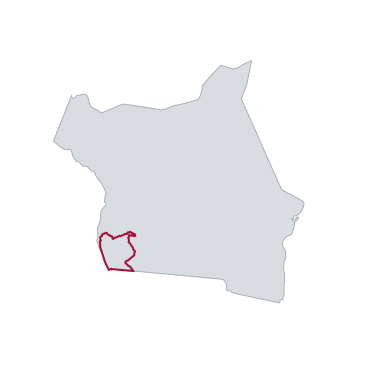 Nyanza highlighted on a map of Kenya, rotated 336°
{"feature_id": "KEN-1197", "entity_name": "Nyanza", "entity_type": "Province", "adm_level": 1, "iso_a3": "KEN", "parent_name": "Kenya", "parent_adm1": "", "projection": "albers", "projection_center": [34.762, -0.553], "detail": "fine", "context": "in_parent", "style": "outline", "palette": "rose", "viewbox_px": 384, "rotation_deg": 336, "n_neighbors": 0, "source": "natural_earth", "source_scale": "10m", "svg_char_len": 5803}
<svg xmlns="http://www.w3.org/2000/svg" viewBox="0 0 384 384"><g transform="rotate(336 192 192)"><path d="M84.3,229.3L84.2,224.7L84.8,213.0L84.7,202.8L85.3,197.6L87.9,194.4L89.0,192.0L89.9,188.7L91.2,186.0L94.2,183.8L94.7,182.6L97.9,179.0L99.8,174.3L101.3,172.7L103.1,171.2L104.3,170.4L106.4,169.6L108.1,169.2L108.4,168.8L108.5,168.1L108.0,165.2L108.7,164.2L109.8,162.3L111.1,160.5L112.2,159.3L112.9,158.1L113.2,156.1L113.2,154.6L113.2,152.3L112.8,146.9L111.5,142.4L110.7,137.3L111.3,135.7L110.2,132.7L109.7,132.6L108.8,131.9L107.7,129.1L106.9,126.6L106.3,126.0L102.7,123.7L100.9,118.5L98.9,117.3L97.8,112.2L97.6,110.7L98.7,105.5L98.6,104.3L97.4,103.2L94.0,102.1L91.3,100.0L91.6,99.2L91.8,98.4L90.4,97.9L86.1,89.1L91.6,83.8L97.1,78.4L104.1,71.6L110.5,65.3L116.1,59.9L121.1,55.1L121.0,56.0L121.0,57.3L121.6,58.0L122.6,58.5L124.1,58.0L125.3,57.2L126.5,57.1L134.0,59.1L135.3,60.8L135.2,62.7L135.5,64.1L134.9,65.4L134.3,69.6L134.5,73.4L136.7,76.2L138.7,78.4L140.3,81.5L141.5,82.5L143.1,83.0L148.2,83.1L155.8,83.3L163.2,83.5L163.8,83.6L165.4,84.0L172.1,88.2L178.3,92.1L183.5,95.4L188.5,98.7L193.4,101.9L197.2,104.5L201.0,105.3L207.1,105.7L211.3,105.8L215.3,106.9L221.1,108.0L225.4,108.5L228.0,109.1L235.3,109.8L236.5,109.4L239.7,106.5L243.3,101.8L244.7,99.2L249.4,96.7L257.6,93.1L263.3,90.6L269.8,88.1L272.6,90.3L276.6,93.9L278.4,95.6L279.9,96.4L282.0,97.0L284.7,97.0L286.1,96.9L289.1,96.5L296.0,96.1L300.0,96.2L296.6,100.8L292.6,106.5L285.2,116.8L279.6,122.3L275.3,126.4L274.9,127.1L274.9,131.8L274.9,143.1L274.9,165.7L274.8,188.3L274.8,211.0L274.8,222.4L274.8,226.2L278.4,231.0L282.0,235.6L286.8,241.8L289.3,245.2L289.7,246.3L289.6,248.5L285.6,253.1L282.4,255.2L278.1,256.1L276.8,255.9L275.1,255.3L274.4,256.4L273.9,258.1L272.9,257.7L272.2,257.2L272.6,260.3L273.1,261.8L272.4,263.8L270.3,265.6L270.1,267.1L265.5,271.1L259.1,271.5L255.7,273.4L254.2,275.0L253.0,278.5L253.4,283.9L251.6,288.1L251.2,290.2L247.9,292.8L246.4,295.3L245.3,297.8L244.4,298.9L243.2,304.5L241.6,308.0L241.2,309.1L240.8,310.1L239.6,312.1L238.8,313.5L238.3,314.4L234.3,323.2L231.2,327.1L228.8,326.6L227.2,328.2L227.1,328.9L226.2,328.5L224.2,327.0L220.1,324.0L216.0,321.0L211.9,318.0L207.8,315.1L203.7,312.1L199.6,309.1L195.4,306.1L191.3,303.1L188.9,301.3L187.9,300.3L187.0,298.3L186.6,297.7L185.5,297.1L184.2,296.9L183.9,296.6L183.9,295.6L184.3,294.1L185.8,291.4L186.0,289.8L185.7,288.0L185.2,285.1L184.8,284.4L182.1,282.9L176.4,279.6L170.7,276.4L164.9,273.2L159.2,270.0L153.5,266.8L147.8,263.6L142.0,260.3L136.3,257.1L130.6,253.9L124.8,250.7L119.1,247.5L113.4,244.3L107.6,241.1L101.9,237.9L96.2,234.7L90.4,231.5L88.3,230.3L86.3,229.3L84.3,229.3ZM275.0,260.9L274.0,261.1L274.5,259.5L277.5,257.6L278.7,258.0L278.9,258.5L278.9,258.9L278.3,259.3L275.0,260.9Z" fill="#d9dde1" stroke="#a8b0b8" stroke-width="1"/><path d="M106.2,240.3L101.9,237.9L96.1,234.7L90.3,231.4L88.3,230.3L87.3,230.2L86.9,230.0L86.9,229.3L86.5,229.3L86.4,229.3L84.3,229.3L84.1,223.8L84.0,220.1L84.5,216.3L85.1,210.7L85.6,206.5L85.6,205.4L86.9,202.2L87.3,201.4L87.4,201.1L87.4,200.5L87.4,200.3L87.4,200.2L87.5,199.9L87.8,199.6L88.1,199.4L88.4,199.3L88.9,199.1L89.0,199.1L89.1,198.7L89.1,197.8L89.2,197.2L89.3,196.7L89.9,196.0L90.7,195.5L90.9,195.5L91.1,195.5L91.6,195.5L91.9,195.5L92.0,195.4L92.2,195.2L92.3,195.1L92.5,194.6L92.6,194.4L92.9,194.2L93.0,194.2L93.3,194.1L93.5,194.1L95.2,194.4L95.5,194.4L95.8,194.3L96.0,194.2L96.3,194.1L96.6,194.1L96.8,194.2L97.3,194.7L97.4,194.8L97.5,195.1L97.6,195.6L97.6,196.1L97.6,196.3L97.7,196.5L99.2,198.0L99.3,198.1L99.2,198.7L99.3,198.8L99.5,199.0L100.0,199.2L100.7,199.7L100.8,199.8L100.9,200.0L100.8,200.5L100.8,201.3L100.7,201.6L100.6,201.8L100.5,202.2L100.5,202.3L100.6,202.5L100.9,202.8L101.1,202.9L101.3,202.8L101.7,202.7L102.4,202.4L102.8,202.3L103.0,202.3L103.6,202.5L104.3,202.8L104.7,202.8L105.3,202.6L105.5,202.5L106.3,202.6L106.7,202.7L107.3,202.5L107.5,202.5L107.8,202.5L108.0,202.6L108.4,203.0L108.6,203.2L108.9,203.3L109.2,203.3L109.5,203.3L110.0,203.3L110.7,203.3L112.0,203.4L112.5,203.3L113.0,203.1L113.4,203.0L113.6,203.0L113.8,203.1L114.1,203.4L114.2,203.5L114.3,203.5L114.5,203.5L114.8,203.8L115.1,203.9L115.4,203.9L115.6,203.8L115.8,203.7L116.0,203.6L116.1,203.2L116.3,203.0L116.4,202.9L116.5,202.8L116.9,202.8L117.2,202.9L117.5,203.0L118.0,203.3L118.3,203.4L118.5,203.4L118.9,203.2L119.0,203.1L119.3,203.2L119.6,203.3L119.7,203.5L119.8,203.6L119.9,203.9L120.0,204.7L120.1,204.8L120.3,205.0L120.8,205.2L121.0,205.3L121.0,205.8L121.1,206.1L122.4,207.0L122.5,207.2L122.6,207.4L122.6,207.6L122.6,207.8L122.5,208.7L122.4,208.8L122.1,209.0L121.9,209.0L121.7,209.0L121.4,208.9L121.2,208.8L121.0,208.6L120.9,208.5L120.9,208.4L120.8,208.1L120.7,208.0L120.6,207.9L120.2,207.8L119.9,207.7L119.7,207.5L119.6,207.1L119.4,206.9L119.1,206.9L118.8,207.0L118.6,207.0L118.4,207.0L118.2,206.9L117.9,206.7L117.6,206.4L117.4,206.2L117.2,205.9L117.1,205.7L116.9,205.8L116.7,206.1L116.1,207.3L115.8,207.6L115.7,207.6L115.4,207.7L115.3,207.8L115.2,207.9L115.1,208.0L115.0,208.4L115.0,209.6L114.9,210.0L114.9,210.3L114.8,210.5L114.6,210.9L114.5,211.0L114.2,211.2L114.1,211.3L113.8,211.7L113.8,212.0L113.8,212.3L113.8,212.5L114.0,212.9L114.1,213.2L114.2,213.3L114.6,214.0L114.7,214.3L114.6,215.2L114.6,215.3L114.6,215.7L114.6,215.8L114.9,216.2L114.9,216.3L115.3,219.3L115.2,220.1L115.0,220.5L115.1,220.8L115.1,221.1L115.7,222.6L115.7,223.0L115.8,223.3L115.5,223.6L115.2,223.8L114.9,224.0L114.5,224.3L114.2,224.6L113.9,225.4L113.8,225.9L113.6,226.1L113.5,226.3L113.1,226.4L105.9,228.4L105.7,228.5L104.7,228.4L104.4,228.2L104.2,228.2L103.9,228.3L103.4,228.7L102.9,228.9L102.5,229.3L102.4,229.4L102.3,229.5L102.4,230.0L102.8,230.8L102.9,231.0L102.9,231.3L103.0,231.5L103.1,231.8L103.5,232.4L103.8,233.7L104.0,233.8L104.6,234.3L105.0,235.0L105.2,235.5L106.2,239.9L106.2,240.3Z" fill="none" stroke="#9f1239" stroke-width="2"/></g></svg>